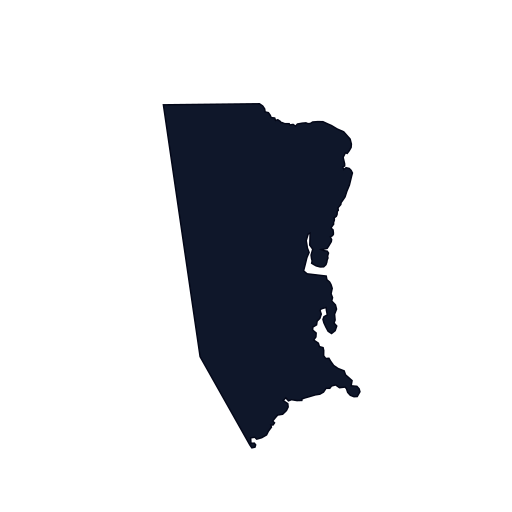 Ngerbau, Ngarchelong, Palau, rotated 39°
{"feature_id": "81905179B4441268560543", "entity_name": "Ngerbau", "entity_type": "district", "adm_level": 2, "iso_a3": "PLW", "parent_name": "Palau", "parent_adm1": "Ngarchelong", "projection": "mercator", "projection_center": [134.643, 7.703], "detail": "fine", "context": "isolated", "style": "filled", "palette": "ink", "viewbox_px": 512, "rotation_deg": 39, "n_neighbors": 0, "source": "geoboundaries", "source_scale": "gbopen_adm2", "svg_char_len": 2701}
<svg xmlns="http://www.w3.org/2000/svg" viewBox="0 0 512 512"><g transform="rotate(39 256 256)"><path d="M370.1,406.7L373.5,407.7L375.5,405.2L374.6,403.0L372.5,402.5L369.9,404.7L366.3,400.7L369.1,397.6L371.8,397.9L374.8,393.6L376.8,388.4L375.9,384.4L375.7,379.3L373.9,378.1L375.6,376.5L375.4,374.0L372.8,373.8L372.8,369.8L372.9,366.0L376.3,362.2L376.9,356.9L376.0,353.1L373.7,350.8L368.0,351.2L368.4,347.5L372.4,348.1L374.0,345.3L378.8,342.6L382.5,339.4L381.7,338.2L383.1,335.8L385.8,332.0L389.5,326.6L392.6,323.2L394.1,319.3L393.7,314.7L396.6,312.4L396.5,309.5L399.0,306.1L403.8,305.8L407.7,301.8L409.8,302.2L413.1,304.3L416.9,304.9L420.7,303.7L423.1,301.5L422.2,296.1L419.7,294.3L416.4,293.8L411.6,297.0L409.1,292.4L400.3,292.0L396.8,289.8L390.5,291.8L385.2,292.2L380.2,290.8L377.0,289.6L374.7,291.8L371.3,290.9L368.1,286.8L365.8,285.0L362.3,286.5L359.3,284.5L353.7,285.0L353.5,281.2L351.2,278.0L346.6,277.9L344.9,275.5L346.4,271.4L344.5,268.2L344.9,264.3L343.3,260.1L340.0,258.0L339.9,256.3L340.8,254.8L342.9,251.9L344.9,253.9L348.5,256.9L347.0,260.4L347.9,263.1L350.8,265.2L355.1,267.3L359.4,269.1L363.5,268.7L364.5,264.2L362.8,259.6L358.8,259.0L357.8,256.0L353.7,251.8L352.0,246.6L348.5,244.0L343.1,243.3L341.7,240.2L338.1,238.1L335.6,233.2L332.3,231.0L329.6,229.9L326.0,229.8L323.2,227.4L306.9,237.7L302.3,237.6L299.7,231.9L296.6,225.3L295.0,219.8L291.0,217.5L285.3,212.4L282.7,206.0L283.7,204.2L289.2,211.4L290.9,213.7L295.8,215.0L298.2,220.6L300.6,222.9L302.7,224.5L303.8,226.6L306.1,226.3L309.0,225.8L312.8,224.1L315.4,221.8L315.8,218.7L314.9,216.2L313.8,214.3L313.2,212.3L311.7,211.0L310.5,208.1L308.3,207.4L305.1,209.3L302.7,209.9L304.6,207.7L306.5,205.3L306.2,202.4L305.8,199.7L305.5,197.5L304.4,195.6L303.1,195.1L301.7,194.3L302.6,192.1L302.5,190.5L301.6,189.3L299.4,187.2L297.2,187.1L296.5,186.4L296.3,182.4L295.2,181.2L294.4,179.0L293.6,177.9L292.7,177.3L293.4,174.6L292.9,172.8L291.9,171.3L291.1,170.3L291.2,168.7L290.4,167.9L289.4,167.0L289.4,165.9L289.5,162.6L288.5,160.9L288.4,158.6L288.0,154.0L285.9,148.6L284.0,142.2L281.6,137.1L279.7,133.1L278.7,130.8L276.0,129.6L273.3,129.3L270.4,130.7L269.8,133.5L267.4,132.4L268.2,130.2L266.9,128.6L261.6,124.5L260.5,119.5L262.3,118.9L262.2,115.6L261.6,111.8L259.7,109.0L255.6,105.9L246.0,104.3L239.1,106.2L232.6,107.1L228.6,108.2L223.5,109.5L219.4,112.7L215.7,116.2L214.8,118.9L213.0,120.5L211.0,121.1L208.3,123.7L205.1,127.4L205.1,130.2L202.0,130.4L199.8,132.9L198.5,132.3L195.0,135.1L192.4,135.9L191.4,136.7L190.5,136.1L187.2,136.4L185.9,138.4L183.7,137.0L180.6,138.9L178.6,137.7L175.4,136.8L172.4,138.3L170.1,136.2L166.8,135.2L162.9,135.5L88.9,196.8L275.9,369.4L370.1,406.7Z" fill="#0f172a" stroke="#020617" stroke-width="1.5"/></g></svg>